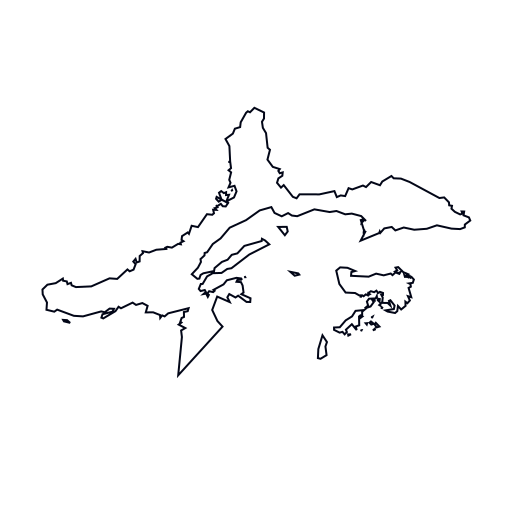 the district of Quezon, Quezon, Philippines, rotated 110°
{"feature_id": "2640588B64856500371355", "entity_name": "Quezon", "entity_type": "district", "adm_level": 2, "iso_a3": "PHL", "parent_name": "Philippines", "parent_adm1": "Quezon", "projection": "orthographic", "projection_center": [122.074, 14.189], "detail": "fine", "context": "isolated", "style": "outline", "palette": "ink", "viewbox_px": 512, "rotation_deg": 110, "n_neighbors": 0, "source": "geoboundaries", "source_scale": "gbopen_adm2", "svg_char_len": 6165}
<svg xmlns="http://www.w3.org/2000/svg" viewBox="0 0 512 512"><g transform="rotate(110 256 256)"><path d="M138.8,103.5L133.9,137.0L133.7,146.3L135.9,153.2L134.5,156.1L142.8,162.8L147.1,163.7L147.1,173.1L153.6,176.2L153.2,179.6L160.5,188.3L160.6,192.2L169.2,192.7L170.1,197.1L173.0,200.2L168.2,204.5L176.4,217.5L183.2,236.2L187.9,237.6L187.8,241.6L179.9,254.2L183.2,255.9L180.0,261.3L175.4,261.5L171.6,258.7L168.3,259.5L170.1,262.0L168.4,264.1L166.2,263.4L166.5,270.7L161.5,278.2L151.4,279.2L150.3,282.1L137.1,288.6L133.2,293.4L127.8,296.3L124.1,295.5L118.4,297.5L117.3,308.2L123.0,310.8L122.8,313.2L124.8,314.3L135.6,316.1L140.3,315.0L143.6,319.4L148.9,319.6L156.5,324.7L161.8,318.6L176.3,312.5L177.0,314.2L176.6,312.3L182.0,309.5L184.8,311.1L185.9,308.0L193.6,307.2L195.9,305.0L200.9,305.3L197.4,300.2L201.9,296.4L208.5,296.7L214.5,302.2L215.5,300.3L219.8,301.4L220.6,304.3L219.0,306.9L222.5,309.5L221.9,310.9L223.4,308.9L225.1,311.1L226.2,309.0L227.2,312.1L230.2,310.1L232.2,311.2L233.5,316.4L248.7,320.4L249.6,326.8L258.1,326.6L257.2,328.2L262.6,332.3L266.3,331.5L266.9,329.2L269.3,331.6L270.7,330.6L271.2,333.3L276.9,337.9L277.7,342.5L279.1,343.9L279.6,342.8L280.0,342.6L284.2,351.8L289.3,357.7L290.3,364.3L292.0,363.2L295.8,365.3L300.9,363.5L302.9,365.9L299.9,368.2L303.2,369.4L304.9,366.3L310.7,366.4L313.6,369.5L312.6,372.2L325.0,378.6L327.1,386.0L340.9,400.4L346.8,414.6L346.6,419.2L344.5,420.7L346.9,423.5L344.6,425.1L345.2,428.8L343.3,429.8L350.0,434.9L354.3,442.2L360.5,445.2L365.0,443.3L371.2,436.5L378.2,434.5L377.3,426.5L374.4,424.5L374.5,406.7L371.9,397.9L361.0,382.5L360.6,378.9L355.5,375.6L354.2,371.4L357.4,371.8L363.2,380.3L366.8,380.2L366.9,378.2L355.9,369.2L350.7,367.8L351.3,365.0L342.0,356.0L343.0,352.0L339.1,346.7L339.9,340.8L346.7,340.3L344.1,333.4L344.3,326.0L346.9,324.8L343.9,323.9L344.0,321.2L339.9,318.9L328.1,301.5L331.2,301.3L333.3,304.6L337.9,302.8L339.7,304.7L344.2,304.6L343.8,304.0L344.0,303.3L346.9,305.2L347.9,297.8L351.6,300.9L357.5,297.9L394.7,288.3L333.8,263.3L330.3,270.0L321.7,278.7L307.4,278.6L308.3,264.9L304.6,268.8L300.9,268.1L302.0,261.1L299.4,259.2L302.4,249.2L301.2,245.7L297.6,246.7L296.9,256.7L294.6,255.2L288.3,258.5L285.7,261.2L286.9,265.5L284.8,265.3L283.4,261.9L282.7,261.6L282.2,262.2L283.2,266.9L288.8,275.1L293.8,276.8L302.4,284.4L302.9,283.0L304.6,283.9L305.1,288.0L308.1,288.9L308.7,287.0L310.9,287.3L308.4,290.0L309.7,292.3L307.0,290.8L305.5,292.5L307.9,296.1L306.5,298.5L301.2,298.3L300.5,296.6L291.9,295.0L288.0,291.6L285.6,292.1L290.3,299.6L292.8,301.6L296.6,301.5L297.5,303.3L295.1,310.1L286.9,306.6L280.4,305.7L277.9,307.1L273.1,304.6L270.7,305.3L269.2,303.2L259.5,300.7L251.6,295.3L238.4,290.4L225.7,277.6L211.9,268.1L204.8,258.3L209.2,253.3L209.9,245.4L204.7,240.5L205.7,236.1L204.5,230.9L192.2,217.1L189.5,201.8L186.2,195.8L186.3,186.4L183.4,180.5L182.5,170.8L185.4,164.6L184.8,166.3L188.5,168.1L185.4,168.6L186.4,169.8L194.6,163.6L193.9,162.9L195.0,163.3L197.0,162.9L197.8,162.6L198.1,162.3L195.8,162.7L195.8,161.6L205.8,162.9L192.3,148.1L190.7,148.1L191.8,147.1L186.2,144.9L182.3,138.4L184.3,133.8L178.7,126.9L177.2,116.3L172.0,104.8L165.3,96.5L163.4,81.6L160.9,73.4L157.7,69.6L155.0,70.5L149.4,66.8L146.9,69.1L146.8,74.9L143.0,75.6L143.8,78.0L145.6,76.5L147.1,78.4L146.5,84.2L144.7,88.5L141.8,89.0L142.3,91.8L139.6,93.0L136.6,99.2L138.8,103.5ZM241.6,96.0L233.8,101.7L231.9,100.0L229.6,101.2L229.4,102.8L227.6,99.5L224.1,99.6L222.5,102.7L223.6,103.3L223.3,104.8L223.9,105.3L223.9,105.7L222.7,104.4L222.3,104.6L223.5,106.1L223.4,107.3L224.1,107.4L224.7,108.9L223.2,110.0L223.8,107.7L221.9,107.8L223.2,106.2L221.1,106.3L220.8,112.1L217.8,118.6L219.2,120.9L221.2,118.4L223.0,120.0L223.5,116.6L221.7,114.8L223.8,115.2L223.7,119.3L227.3,121.2L226.4,123.4L230.5,129.4L231.5,137.1L236.9,143.1L242.1,159.9L238.5,160.9L236.2,157.7L235.8,166.0L237.9,173.0L242.3,175.6L253.8,168.1L259.7,159.3L256.9,150.2L257.7,145.5L256.6,142.7L257.0,141.1L254.5,139.7L254.7,137.4L252.4,137.9L249.8,136.0L249.6,132.6L247.4,131.0L249.0,128.6L247.3,127.3L247.3,124.0L249.1,123.4L249.5,125.1L251.7,122.7L256.9,121.4L255.1,116.3L256.6,112.8L252.7,115.7L251.6,114.6L255.2,108.8L258.7,108.3L262.8,115.7L263.2,113.3L262.0,105.8L259.5,104.4L254.4,105.5L256.6,101.3L251.7,98.4L247.8,100.0L248.6,97.6L245.2,96.2L241.8,99.5L241.6,96.0ZM240.5,247.5L238.3,252.8L237.8,256.3L240.0,255.8L250.5,270.4L259.9,274.4L263.2,279.2L269.2,281.4L273.2,286.0L281.5,290.8L286.6,289.9L283.7,282.6L278.0,278.6L275.9,274.9L256.9,262.8L240.5,247.5ZM285.8,135.3L277.6,138.5L276.1,137.6L275.4,136.0L272.0,137.2L269.8,135.9L273.5,143.7L279.9,145.1L285.8,149.7L294.3,152.9L296.5,158.2L298.7,157.4L299.4,151.2L297.7,148.8L299.3,145.9L296.4,144.6L294.5,146.3L287.3,142.6L291.2,136.1L288.1,138.1L285.8,135.3ZM325.0,155.8L317.3,159.8L312.6,159.9L307.8,166.4L322.1,165.6L330.8,162.9L330.5,160.2L325.0,155.8ZM213.9,302.5L207.7,302.3L209.0,305.0L206.3,305.9L207.9,307.7L206.9,310.9L209.2,312.4L214.8,307.7L213.9,313.2L215.9,313.1L217.7,309.6L214.7,307.4L215.6,302.3L213.9,302.5ZM222.1,234.6L218.1,237.1L221.1,245.1L226.6,236.0L222.1,234.6ZM257.3,129.2L255.5,130.4L257.5,135.2L260.9,136.2L264.2,133.7L268.1,136.0L264.3,131.1L259.1,129.6L257.9,131.2L257.3,129.2ZM382.4,407.8L380.9,411.6L382.0,415.4L383.1,414.1L382.4,407.8ZM258.7,209.0L257.9,210.3L259.1,218.4L261.3,212.9L258.7,209.0ZM279.4,122.1L278.2,125.6L279.9,126.5L281.0,124.2L279.4,122.1ZM281.8,118.2L280.1,115.9L277.8,120.6L279.7,121.2L281.8,118.2ZM256.8,124.3L254.1,125.0L254.4,126.6L255.9,126.4L256.8,124.3ZM278.1,136.4L276.4,135.3L276.2,137.0L278.1,136.4ZM299.2,142.0L297.1,140.0L298.2,142.6L299.2,142.0ZM285.9,120.7L284.4,119.1L283.7,119.5L285.9,120.7ZM254.1,136.9L253.0,136.0L252.7,137.5L254.1,136.9ZM255.5,129.1L253.3,128.3L252.3,128.8L255.5,129.1ZM282.5,128.5L281.1,128.6L281.7,129.9L282.5,128.5ZM274.7,125.8L273.2,125.7L273.8,126.2L274.7,125.8ZM259.9,123.4L260.1,122.3L258.1,122.6L259.9,123.4ZM258.4,143.4L256.8,142.9L258.4,143.5L258.4,143.4ZM262.7,119.9L261.3,119.7L261.1,120.4L262.7,119.9ZM203.1,300.4L202.4,301.0L202.8,301.1L203.1,300.4ZM290.8,131.5L289.6,131.4L289.7,131.6L290.8,131.5ZM279.6,258.9L279.4,259.1L280.0,259.8L279.6,258.9Z" fill="none" stroke="#020617" stroke-width="2"/></g></svg>